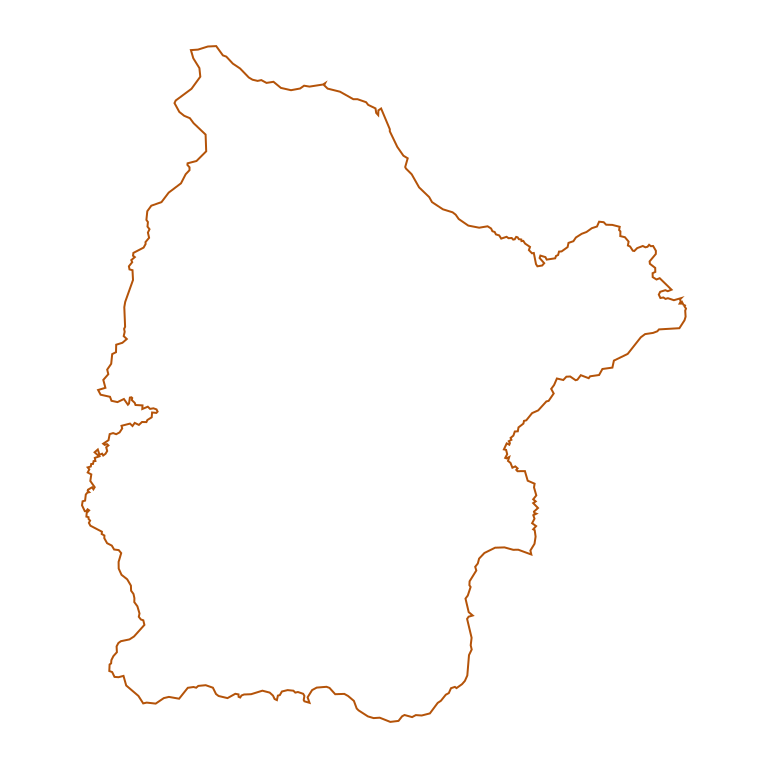 outline of Nagekeo, Nusa Tenggara Timur, Indonesia
{"feature_id": "22746128B97494513966687", "entity_name": "Nagekeo", "entity_type": "district", "adm_level": 2, "iso_a3": "IDN", "parent_name": "Indonesia", "parent_adm1": "Nusa Tenggara Timur", "projection": "albers", "projection_center": [121.268, -8.674], "detail": "fine", "context": "isolated", "style": "outline", "palette": "amber", "viewbox_px": 768, "rotation_deg": 0, "n_neighbors": 0, "source": "geoboundaries", "source_scale": "gbopen_adm2", "svg_char_len": 6047}
<svg xmlns="http://www.w3.org/2000/svg" viewBox="0 0 768 768"><path d="M681.2,298.1L673.9,300.2L667.9,298.2L665.5,298.9L663.4,297.5L660.4,298.0L658.8,294.6L660.2,291.8L665.3,290.2L667.8,291.2L671.5,289.7L659.7,278.2L656.5,279.5L652.7,277.1L652.6,273.2L655.3,271.9L655.2,267.9L649.9,263.8L649.6,261.4L655.8,254.0L655.9,250.8L653.1,246.0L650.9,246.2L649.1,244.8L647.5,246.8L645.4,247.3L642.8,246.0L637.2,248.1L634.3,251.0L632.8,250.7L630.1,246.5L627.9,245.5L628.6,241.6L624.9,237.2L620.3,236.1L620.4,231.4L619.1,230.0L619.7,226.8L612.3,224.9L606.1,224.7L603.7,222.2L599.1,221.7L597.0,226.5L591.8,228.2L586.5,232.0L581.7,233.8L575.9,237.5L573.4,241.2L568.5,242.9L567.6,247.1L561.6,251.4L559.0,251.6L558.1,255.0L556.0,256.0L555.2,258.3L546.7,259.6L545.4,257.1L540.4,255.6L539.6,258.0L544.2,263.2L542.2,265.5L537.4,266.3L536.0,264.1L533.8,253.0L532.0,253.3L528.9,250.1L530.0,246.9L525.1,243.6L523.3,240.9L521.5,241.1L521.3,239.5L518.9,239.2L517.6,237.3L516.2,236.9L514.7,239.3L513.2,239.6L511.7,238.0L508.5,238.2L506.6,236.8L501.2,238.6L499.2,235.4L495.9,234.4L494.7,232.0L492.4,231.2L491.1,228.5L487.6,226.3L479.2,227.7L468.3,225.6L458.7,219.0L455.7,214.7L452.6,212.3L442.9,209.3L432.0,202.1L429.2,197.1L419.1,187.4L411.7,174.3L405.9,168.5L405.2,167.0L407.7,158.3L403.4,155.7L397.3,146.9L389.8,131.3L389.8,129.2L381.1,108.5L378.4,110.4L378.2,115.1L376.2,112.9L375.5,108.4L368.2,104.9L366.1,102.2L357.5,99.2L353.3,99.2L340.0,91.7L327.6,88.6L324.1,85.2L325.1,83.2L323.1,84.5L309.5,86.6L304.1,85.7L300.1,88.5L291.0,90.2L280.9,87.9L273.5,81.8L266.5,82.9L261.3,80.1L257.6,80.9L252.5,79.7L248.8,77.5L240.1,68.5L232.8,63.6L226.3,56.6L222.9,55.4L216.2,46.1L207.9,46.5L198.0,49.6L190.9,50.1L193.3,58.3L199.4,68.1L200.3,76.7L191.5,88.8L175.7,100.5L174.5,103.1L179.3,111.9L184.2,115.8L189.9,118.2L193.6,123.2L205.6,134.6L206.2,151.3L196.5,161.0L187.6,163.3L187.4,164.9L189.5,167.3L189.5,170.2L185.7,174.2L181.0,183.3L168.7,192.6L161.5,202.1L151.3,205.7L147.3,211.2L146.4,219.9L147.9,222.0L147.5,226.6L149.5,229.2L147.9,232.6L149.1,237.8L145.5,242.1L145.6,244.0L143.6,247.6L133.4,252.9L133.0,255.7L134.8,257.1L131.3,260.1L132.2,262.2L128.9,266.3L129.5,269.4L132.5,270.2L133.0,280.0L125.2,301.9L124.3,307.2L125.1,326.8L124.1,328.9L124.7,331.8L123.7,336.1L126.8,339.0L122.4,342.8L116.2,344.7L116.0,352.2L112.2,354.1L111.2,363.8L107.2,369.6L108.3,374.2L103.3,379.9L105.4,387.8L98.1,390.0L100.6,394.7L110.0,396.8L111.5,400.8L117.5,402.1L123.9,399.0L127.9,404.7L129.0,403.5L129.9,397.6L131.4,397.3L132.2,398.0L131.8,400.1L134.7,402.8L135.5,405.0L142.5,405.4L142.3,409.0L147.8,406.7L150.1,408.9L153.4,408.3L156.5,409.4L157.6,411.6L156.4,412.9L152.1,412.5L151.7,417.3L147.4,420.0L146.4,422.1L142.0,422.0L138.9,424.9L134.7,422.9L132.5,426.0L130.0,423.6L121.5,425.8L122.2,428.4L119.6,432.4L116.2,434.2L113.1,433.1L109.7,434.1L108.5,440.2L103.2,443.7L104.7,444.9L107.0,444.1L108.4,445.4L106.2,447.3L107.2,451.0L105.5,453.8L103.2,455.5L102.1,453.7L99.5,454.8L97.8,449.5L94.6,452.3L99.2,456.4L94.8,457.9L95.4,461.0L93.6,461.1L93.0,463.9L91.2,464.0L90.8,466.5L87.7,467.4L89.3,469.4L87.7,472.5L91.3,474.4L90.3,481.0L94.7,487.2L93.4,489.3L92.1,487.3L88.0,489.7L87.7,490.7L89.2,492.2L87.4,492.6L85.8,494.5L85.1,500.6L82.6,501.3L82.0,505.3L84.8,511.2L86.3,511.1L87.6,509.3L89.1,510.4L86.7,512.9L86.4,516.6L88.5,517.2L88.6,519.0L90.1,520.6L88.9,522.9L90.4,525.7L101.9,531.7L101.7,534.0L104.4,535.5L104.3,538.2L107.1,543.2L111.8,545.6L114.1,549.5L118.7,550.1L121.2,553.1L118.6,561.9L118.7,568.6L121.5,574.8L127.2,579.3L130.9,585.6L131.1,590.7L133.5,594.0L134.4,598.2L134.3,602.1L137.4,606.3L139.5,613.5L138.8,616.8L140.9,619.5L143.3,620.3L144.4,624.9L134.0,636.5L129.5,639.4L120.9,641.2L118.4,643.0L116.6,646.4L116.9,652.2L113.4,656.1L111.4,660.1L111.1,663.4L109.6,664.5L109.3,671.0L112.2,672.1L114.5,676.9L118.5,677.2L123.5,675.9L126.2,685.5L138.4,695.9L143.2,703.4L146.7,702.6L155.7,703.6L163.8,698.1L168.9,696.9L179.1,698.7L187.8,687.8L193.5,687.0L196.2,687.7L198.3,685.9L205.7,685.2L212.9,687.7L216.0,694.0L218.6,696.0L227.5,698.1L235.3,693.8L238.5,694.4L238.6,696.8L240.2,697.5L241.5,695.5L244.0,694.5L251.1,694.2L262.4,690.7L269.7,692.6L273.0,695.6L274.6,699.0L276.9,700.1L277.9,695.6L279.8,695.1L281.9,691.5L287.6,690.1L293.4,690.7L295.3,692.6L297.9,692.0L303.2,693.8L304.4,695.9L303.7,700.0L304.4,701.3L309.5,702.8L307.6,697.3L312.1,690.1L316.7,687.6L326.5,686.8L329.5,687.9L335.2,694.2L344.3,693.9L348.1,696.0L353.9,700.9L356.7,708.5L358.6,710.4L367.9,716.4L373.6,718.1L379.7,717.7L390.3,721.9L398.5,720.9L402.1,716.3L404.5,715.0L412.1,717.1L415.8,715.1L421.7,715.5L429.9,713.4L437.7,702.9L440.9,700.8L445.8,694.7L448.8,693.1L451.0,688.2L454.9,686.9L456.5,688.1L462.0,684.2L464.9,680.9L467.3,675.5L469.0,655.1L471.7,649.5L470.7,645.3L471.6,637.8L467.1,618.9L468.6,616.7L472.7,615.5L468.7,612.1L465.5,598.6L467.8,595.5L470.6,587.0L469.4,585.2L469.6,581.3L476.3,570.5L475.2,566.8L477.8,563.5L479.1,558.6L484.4,553.0L495.1,547.7L504.5,547.4L513.2,549.8L518.2,549.7L531.3,554.5L530.4,550.5L534.5,543.8L535.6,536.6L534.7,530.2L533.2,529.3L536.1,526.1L532.1,523.2L534.5,518.7L533.3,515.2L536.3,513.7L534.3,512.9L534.0,511.6L538.0,508.0L533.2,503.1L535.7,501.4L533.2,499.3L536.3,495.4L534.0,487.4L534.6,483.7L527.7,480.7L524.9,471.1L517.5,471.2L516.3,469.9L517.6,468.4L515.3,466.4L512.4,467.7L510.5,462.9L508.0,460.9L509.2,457.0L506.5,458.4L505.2,457.9L507.2,454.2L506.1,449.9L503.9,449.4L506.7,443.4L509.3,444.7L509.9,443.1L508.8,441.2L511.4,439.8L510.6,437.9L513.4,435.6L514.8,431.5L517.8,431.3L518.5,427.4L523.4,423.6L524.0,420.9L526.3,420.3L532.1,413.1L538.2,410.4L546.4,401.4L548.6,400.9L553.7,393.5L551.2,388.9L554.1,385.0L556.9,378.5L563.3,380.0L566.4,376.7L570.2,376.5L575.6,380.2L577.4,379.7L580.8,375.2L588.7,378.2L590.1,376.3L599.1,375.0L602.4,369.0L612.4,367.6L613.9,360.6L627.7,353.9L640.8,337.3L645.1,334.1L653.1,332.9L657.3,331.3L659.0,329.4L679.4,328.2L684.5,320.3L685.6,316.7L685.2,310.6L686.0,308.6L684.5,306.4L685.0,305.5L683.4,304.7L682.2,302.4L681.7,303.6L679.6,303.6L680.7,301.5L680.0,299.3L681.2,298.1Z" fill="none" stroke="#b45309" stroke-width="2"/></svg>